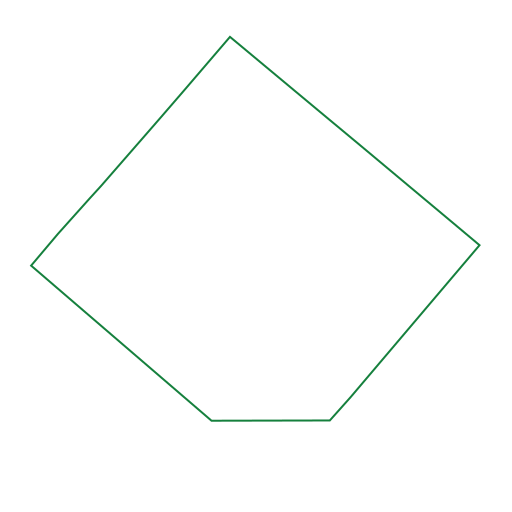 the district of Potter, Pennsylvania, United States of America, rotated 311°
{"feature_id": "52423323B68632918387185", "entity_name": "Potter", "entity_type": "district", "adm_level": 2, "iso_a3": "USA", "parent_name": "United States of America", "parent_adm1": "Pennsylvania", "projection": "robinson", "projection_center": [-77.898, 41.738], "detail": "fine", "context": "isolated", "style": "outline", "palette": "green", "viewbox_px": 512, "rotation_deg": 311, "n_neighbors": 0, "source": "geoboundaries", "source_scale": "gbopen_adm2", "svg_char_len": 360}
<svg xmlns="http://www.w3.org/2000/svg" viewBox="0 0 512 512"><g transform="rotate(311 256 256)"><path d="M101.2,92.6L102.5,330.5L180.3,419.6L211.5,420.0L410.8,417.6L410.1,377.9L407.9,262.6L406.7,207.1L404.3,92.6L333.2,93.1L296.2,93.2L291.5,93.2L207.4,93.1L190.5,92.7L190.3,92.7L142.8,92.0L101.2,92.6Z" fill="none" stroke="#15803d" stroke-width="2"/></g></svg>